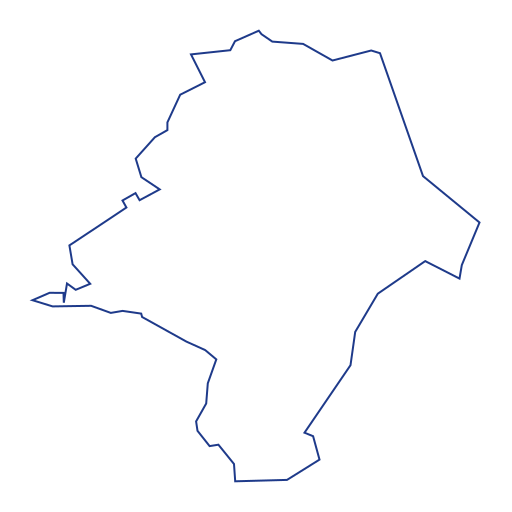 Emanuel, Georgia, United States of America
{"feature_id": "52423323B36663925787207", "entity_name": "Emanuel", "entity_type": "district", "adm_level": 2, "iso_a3": "USA", "parent_name": "United States of America", "parent_adm1": "Georgia", "projection": "robinson", "projection_center": [-82.386, 32.566], "detail": "fine", "context": "isolated", "style": "outline", "palette": "blue", "viewbox_px": 512, "rotation_deg": 0, "n_neighbors": 0, "source": "geoboundaries", "source_scale": "gbopen_adm2", "svg_char_len": 859}
<svg xmlns="http://www.w3.org/2000/svg" viewBox="0 0 512 512"><path d="M180.2,94.7L167.4,122.4L167.4,130.1L154.9,137.2L135.7,158.6L141.4,177.2L159.7,189.4L139.6,200.2L135.5,193.1L122.5,200.5L126.4,207.5L111.3,217.6L69.4,245.4L72.6,264.3L90.2,283.8L75.7,289.8L67.0,283.5L63.8,302.7L63.5,292.9L49.6,292.8L32.5,300.2L52.6,306.4L91.1,305.8L110.8,312.9L122.6,310.9L141.2,313.6L142.1,317.0L186.4,341.6L205.2,350.1L216.3,359.4L207.8,383.3L206.2,403.5L196.1,421.4L197.5,430.8L209.6,446.1L218.4,444.7L234.0,464.0L235.2,481.3L287.0,479.9L319.5,459.6L313.1,436.2L304.5,432.7L350.5,365.2L353.6,343.3L355.2,331.9L377.8,293.7L425.2,261.1L459.5,278.6L461.8,265.1L479.5,222.5L423.0,176.1L380.0,53.2L371.2,50.5L332.5,60.5L303.1,43.9L272.3,41.6L261.5,34.2L258.8,30.7L235.0,41.2L230.3,50.2L191.0,54.4L205.0,82.2L180.2,94.7Z" fill="none" stroke="#1e3a8a" stroke-width="2"/></svg>